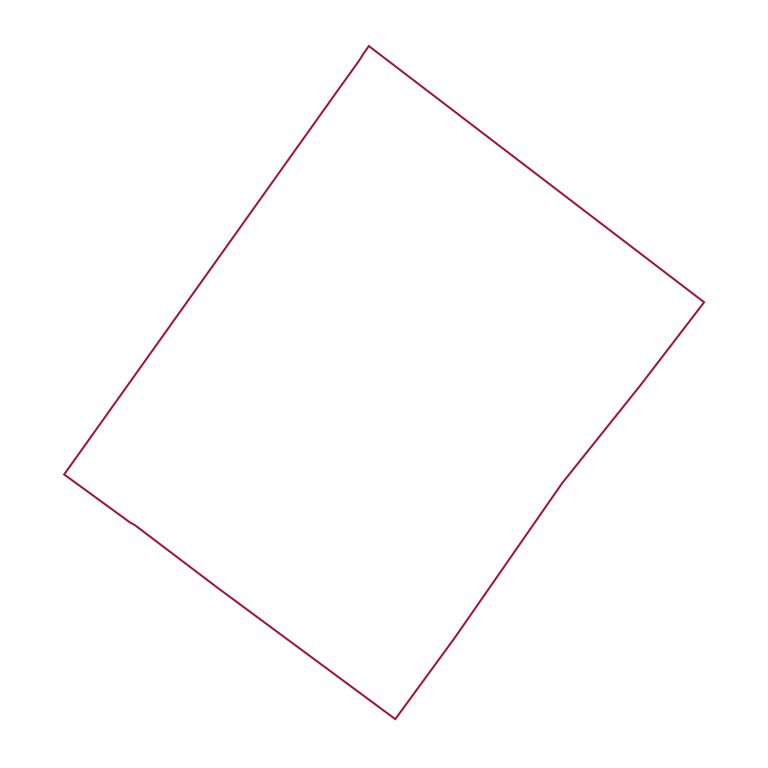 the district of Linn, Missouri, United States of America, rotated 306°
{"feature_id": "52423323B93624151599434", "entity_name": "Linn", "entity_type": "district", "adm_level": 2, "iso_a3": "USA", "parent_name": "United States of America", "parent_adm1": "Missouri", "projection": "robinson", "projection_center": [-93.129, 39.869], "detail": "fine", "context": "isolated", "style": "outline", "palette": "rose", "viewbox_px": 768, "rotation_deg": 306, "n_neighbors": 0, "source": "geoboundaries", "source_scale": "gbopen_adm2", "svg_char_len": 334}
<svg xmlns="http://www.w3.org/2000/svg" viewBox="0 0 768 768"><g transform="rotate(306 384 384)"><path d="M122.7,260.0L123.4,265.3L121.3,369.5L119.5,590.1L219.6,590.4L408.6,586.4L533.9,592.2L638.3,594.9L648.5,173.1L639.6,173.2L630.6,173.8L595.0,174.0L122.8,178.4L122.7,260.0Z" fill="none" stroke="#9f1239" stroke-width="2"/></g></svg>